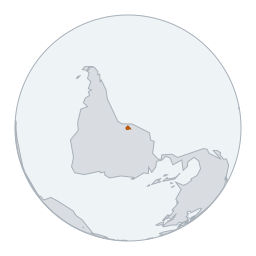 globe centered on Apurímac, rotated 149°
{"feature_id": "PER-569", "entity_name": "Apurímac", "entity_type": "Department", "adm_level": 1, "iso_a3": "PER", "parent_name": "Peru", "parent_adm1": "", "projection": "orthographic", "projection_center": [-73.045, -14.013], "detail": "fine", "context": "on_globe", "style": "filled", "palette": "amber", "viewbox_px": 256, "rotation_deg": 149, "n_neighbors": 0, "source": "natural_earth", "source_scale": "10m", "svg_char_len": 5545}
<svg xmlns="http://www.w3.org/2000/svg" viewBox="0 0 256 256"><g transform="rotate(149 128 128)"><circle cx="128" cy="128" r="113" fill="#eef3f6" stroke="#a8b0b8"/><path d="M99.0,19.2L102.6,18.6L104.4,18.1L107.6,17.8L110.9,17.2L111.0,17.5L113.5,16.8L112.7,16.7L113.6,16.5L115.5,16.2L115.9,16.4L115.0,16.6L116.1,16.5L115.6,16.8L116.9,16.5L117.2,17.0L119.6,16.2L122.2,16.4L121.6,16.8L118.1,17.1L108.2,20.1L106.6,21.3L107.8,22.3L117.7,22.9L117.4,24.3L119.6,25.9L121.4,24.7L120.3,23.2L124.2,21.8L122.4,20.5L123.8,19.8L123.4,18.6L127.3,18.5L131.3,19.2L131.8,20.3L133.6,20.8L136.2,19.7L140.2,22.2L148.0,24.8L148.6,25.7L144.2,27.0L136.3,26.7L130.6,29.7L138.2,27.6L139.6,30.4L141.5,31.0L143.7,30.9L144.7,29.9L145.9,31.0L138.9,33.1L137.6,32.1L139.9,31.4L136.2,31.4L131.4,33.4L132.5,35.0L124.2,37.5L124.9,38.7L123.5,40.2L123.0,37.9L123.7,42.3L114.1,48.0L115.0,57.0L109.9,50.2L105.6,49.8L100.3,50.5L100.3,51.9L93.3,51.7L86.8,55.7L84.3,63.4L86.6,68.9L94.4,68.1L96.8,64.5L102.6,63.3L98.3,72.9L108.4,73.3L107.4,80.7L110.3,84.3L115.4,83.0L120.6,84.7L124.4,80.2L130.5,77.8L130.6,83.8L134.0,78.4L137.4,81.3L149.4,81.4L148.5,82.7L158.7,90.5L169.6,94.7L172.1,99.6L170.8,102.3L174.6,103.6L174.6,105.5L189.4,110.6L196.7,117.0L196.4,123.8L189.9,130.8L183.5,147.4L171.8,151.6L168.4,158.6L158.6,168.5L151.6,167.1L153.2,172.7L149.0,175.7L144.3,175.6L143.2,179.5L139.7,179.4L141.8,182.1L135.9,187.0L137.2,191.3L132.9,195.4L133.9,197.9L132.3,197.8L130.6,198.7L130.4,200.1L125.7,197.7L124.7,192.1L126.5,189.2L124.5,188.8L128.5,181.5L126.2,183.0L127.1,172.3L130.7,163.6L133.3,139.3L131.0,134.6L122.4,129.3L112.0,112.8L114.8,106.0L112.5,103.0L120.0,93.5L118.0,85.3L115.4,84.3L112.8,87.5L103.8,82.9L100.7,77.2L73.8,71.4L71.2,69.1L71.5,64.6L64.3,53.1L66.6,64.8L63.4,63.1L61.3,59.2L62.9,57.7L62.1,52.0L59.6,50.8L60.9,44.3L69.1,35.3L69.7,35.9L71.6,34.0L71.0,33.2L70.2,33.2L76.0,28.2L75.6,28.3L83.2,24.7L91.0,21.6L99.0,19.2ZM22.3,89.3L23.2,86.9L22.9,87.8L22.3,89.3ZM23.5,86.0L23.2,86.6L23.4,86.2L23.5,86.0ZM23.5,85.9L23.4,86.1L23.5,85.9ZM114.3,60.2L125.9,64.5L119.3,65.3L120.6,64.4L117.6,62.5L112.2,61.1L106.4,62.5L114.3,60.2ZM119.6,54.8L117.6,54.5L119.6,54.4L119.6,54.8ZM69.4,33.5L70.8,33.4L70.4,34.6L69.1,34.8L69.4,33.5ZM70.3,31.8L71.6,31.1L69.3,32.8L69.3,32.6L70.3,31.8ZM121.3,18.8L122.3,18.7L121.8,19.0L121.3,18.8ZM120.1,18.4L118.8,18.8L118.1,18.7L118.9,18.5L120.1,18.4ZM121.9,18.0L117.0,18.5L115.7,18.4L117.7,17.4L121.9,18.0ZM111.7,16.8L112.6,16.9L110.2,17.1L111.7,16.8ZM108.1,17.1L107.6,17.2L109.5,16.9L110.0,17.1L101.4,18.7L101.0,18.6L104.0,18.0L103.0,18.2L108.1,17.1ZM113.8,16.4L112.1,16.6L111.7,16.6L115.0,16.1L114.1,16.3L113.8,16.4ZM115.1,16.2L116.7,15.9L118.6,15.8L115.4,16.2L115.1,16.2ZM110.6,16.7L111.2,16.6L110.1,16.8L110.6,16.7ZM126.1,15.5L124.1,15.6L123.7,15.5L126.1,15.5ZM117.4,15.9L117.2,15.9L116.6,15.9L116.4,16.0L117.4,15.9ZM122.4,15.5L124.1,15.4L124.5,15.4L118.2,15.8L122.4,15.5ZM133.4,202.8L126.1,198.6L130.2,200.5L133.3,198.4L137.1,201.6L133.4,202.8ZM142.3,197.5L145.7,196.5L146.5,197.2L144.3,198.1L142.3,197.5ZM207.9,48.6L213.4,55.6L212.3,55.5L209.1,52.9L201.8,44.6L204.9,45.9L202.3,43.5L197.2,39.3L198.5,40.2L196.8,38.9L197.2,39.1L207.9,48.6ZM220.6,192.1L220.3,192.5L221.2,189.9L223.9,185.9L228.2,177.0L235.4,156.9L238.0,149.2L239.2,142.5L239.5,126.3L239.6,118.7L239.0,114.9L238.2,114.7L237.3,110.1L236.5,109.4L229.9,108.2L226.1,102.0L217.7,85.2L217.7,79.9L214.7,73.1L212.2,55.5L215.0,57.7L216.5,58.4L221.2,64.8L225.5,71.5L229.2,78.6L232.4,85.8L235.2,93.3L237.3,101.0L239.0,108.7L240.1,116.6L240.6,124.6L240.5,132.5L239.9,140.5L238.8,148.3L237.1,156.1L234.8,163.7L232.0,171.2L228.7,178.4L224.9,185.4L220.6,192.1ZM217.0,64.9L218.0,66.8L217.0,64.9ZM149.8,81.3L151.3,82.6L149.3,82.5L149.8,81.3ZM118.4,67.6L120.8,67.7L122.1,68.5L120.2,68.9L118.4,67.6ZM139.1,67.6L141.9,68.1L138.9,68.5L139.1,67.6ZM127.7,65.1L136.8,67.4L131.1,69.0L125.4,67.7L129.3,67.2L127.7,65.1ZM118.4,57.9L120.0,58.2L119.5,59.2L118.4,57.9ZM121.1,54.8L120.5,54.9L119.7,54.1L121.1,54.8ZM140.0,30.3L140.6,30.2L142.9,30.4L141.8,30.8L140.0,30.3ZM152.6,29.1L154.4,30.9L152.4,29.7L151.3,30.5L145.8,29.1L148.6,26.1L148.3,27.6L152.6,29.1ZM139.2,27.0L142.4,27.9L138.8,27.1L139.2,27.0ZM186.6,31.9L188.3,32.9L190.2,34.2L190.1,34.5L187.3,32.5L186.6,31.9ZM195.5,37.8L194.6,37.3L193.8,36.6L192.2,35.5L190.4,34.2L195.5,37.8ZM168.8,23.0L166.0,22.2L163.0,21.0L165.3,21.7L168.8,23.0ZM126.4,16.6L125.0,16.7L124.9,16.6L125.9,16.4L126.4,16.6ZM125.2,15.6L132.2,16.2L131.0,16.3L136.6,17.0L135.6,17.6L132.0,17.0L135.3,18.2L131.7,18.0L134.3,18.8L126.5,17.6L123.4,17.6L127.3,17.3L128.3,16.7L127.8,16.4L124.1,16.0L117.8,16.2L119.5,15.7L121.0,15.6L120.6,15.8L122.9,15.5L123.3,15.7L125.2,15.6ZM157.1,19.2L153.6,19.1L154.0,20.1L155.8,21.4L151.0,20.5L146.3,18.8L142.3,17.3L142.6,16.7L140.4,16.5L139.9,16.3L141.8,16.5L138.5,16.1L135.0,15.6L134.1,15.5L145.7,16.8L157.1,19.2Z" fill="#d9dde1" stroke="#a8b0b8" stroke-width="1"/><path d="M128.2,126.8L128.3,126.8L128.5,126.9L128.6,127.0L128.8,127.1L129.0,127.1L129.2,127.3L129.3,127.3L129.5,127.4L129.6,127.5L129.8,127.7L129.8,127.8L129.8,128.2L129.8,128.4L129.7,128.5L129.5,128.8L129.4,128.8L129.2,128.9L129.2,129.0L129.1,129.3L128.9,129.3L128.7,129.3L128.4,129.3L128.2,129.3L128.1,129.2L128.0,129.3L127.9,129.3L127.7,129.3L127.4,129.4L127.3,129.5L127.2,129.6L127.0,129.4L127.1,129.1L127.1,128.9L127.1,128.7L127.1,128.4L126.9,128.2L126.7,127.6L126.8,127.5L126.7,127.4L126.5,127.2L126.5,126.9L126.5,126.7L126.5,126.4L126.6,126.5L127.0,126.7L127.1,126.8L127.4,126.9L127.5,126.9L127.8,126.9L128.0,126.9L128.2,126.8Z" fill="#f59e0b" stroke="#b45309" stroke-width="1.5"/></g></svg>